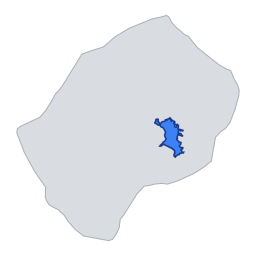 Litsoetse, Thaba-Tseka, Lesotho shown in context
{"feature_id": "5366337B64574994028715", "entity_name": "Litsoetse", "entity_type": "district", "adm_level": 2, "iso_a3": "LSO", "parent_name": "Lesotho", "parent_adm1": "Thaba-Tseka", "projection": "mercator", "projection_center": [28.676, -29.707], "detail": "fine", "context": "in_parent", "style": "filled", "palette": "blue", "viewbox_px": 256, "rotation_deg": 0, "n_neighbors": 0, "source": "geoboundaries", "source_scale": "gbopen_adm2", "svg_char_len": 6086}
<svg xmlns="http://www.w3.org/2000/svg" viewBox="0 0 256 256"><path d="M177.0,181.1L168.5,183.8L167.3,184.1L161.8,183.4L154.5,184.1L148.7,185.6L144.2,186.1L137.0,193.9L123.7,215.0L120.2,219.4L119.2,227.7L116.1,234.3L112.4,239.4L108.7,240.6L97.6,238.6L83.5,236.0L75.3,229.6L68.0,221.2L64.1,215.1L60.1,211.8L58.7,209.9L52.9,207.1L50.8,205.7L48.9,204.6L46.5,200.6L45.2,197.1L45.7,187.3L41.6,181.5L34.7,171.6L30.3,163.5L24.3,152.4L20.7,142.9L16.8,133.1L17.3,128.9L21.0,126.0L31.6,121.1L39.9,117.3L45.8,110.3L52.3,99.9L55.5,93.7L58.6,90.8L62.0,86.4L68.0,76.6L74.7,65.8L81.8,54.2L90.9,50.8L103.2,47.0L115.0,36.8L129.1,28.3L151.8,19.0L162.4,16.7L166.4,15.4L169.0,17.1L171.7,22.4L175.6,26.8L184.5,34.5L188.4,36.4L197.6,47.8L207.5,55.7L218.9,64.7L226.7,69.2L230.7,70.5L233.9,78.5L237.3,84.5L239.2,90.1L238.8,95.5L235.2,108.9L229.9,122.5L225.7,128.2L220.6,131.8L215.5,137.2L213.6,148.1L211.3,161.0L204.8,166.4L199.7,169.9L192.6,174.1L177.0,181.1Z" fill="#d9dde1" stroke="#a8b0b8" stroke-width="1"/><path d="M159.8,146.1L160.7,146.2L161.2,146.0L161.8,145.6L162.1,145.5L162.3,145.1L162.6,144.9L162.7,144.7L162.9,144.7L163.1,144.6L163.4,144.6L163.4,144.4L163.7,144.2L163.8,144.4L164.0,144.4L164.6,144.7L164.7,144.9L165.0,145.1L165.6,145.2L165.9,145.4L166.1,145.5L166.6,145.9L166.9,146.0L167.0,146.0L167.7,146.1L167.9,146.3L168.1,146.2L168.3,146.4L168.6,146.7L169.0,146.9L169.0,147.0L169.3,147.3L169.4,147.2L169.5,147.3L170.0,147.3L170.4,147.4L170.6,147.6L170.7,147.8L170.8,147.9L171.0,147.8L171.4,148.0L171.5,148.2L171.8,148.3L172.0,148.3L172.1,148.5L172.3,148.8L172.5,148.6L172.9,148.9L173.0,149.1L173.3,149.7L173.6,149.7L173.9,150.0L174.0,150.0L174.1,150.4L174.3,150.6L174.6,150.8L174.7,151.0L174.7,151.3L174.7,151.5L174.9,151.7L174.8,151.9L174.8,152.2L174.8,152.4L174.6,152.4L174.5,152.6L174.6,153.0L174.8,153.5L174.6,153.8L174.3,154.0L174.3,154.3L174.1,154.4L174.2,154.7L174.1,154.9L173.9,155.2L174.0,155.4L174.1,155.5L174.2,155.8L174.1,156.0L174.4,156.1L174.4,155.9L174.5,155.7L174.9,155.8L175.0,155.9L175.1,156.3L175.0,156.8L175.0,157.0L175.4,157.1L175.5,156.5L175.8,156.2L176.0,156.1L176.3,156.0L176.8,155.7L177.1,155.5L177.4,155.0L177.8,154.8L178.9,154.6L179.1,154.7L179.3,154.5L179.5,154.1L179.8,153.8L179.7,153.6L179.7,153.4L179.9,153.2L180.2,153.2L180.4,153.2L181.7,153.2L182.2,153.0L182.5,153.0L183.3,153.0L183.5,152.8L183.4,152.7L183.6,152.2L182.8,152.4L182.5,152.4L182.1,152.2L181.9,151.9L181.9,151.3L181.8,151.0L181.3,150.3L181.1,150.1L181.0,149.9L181.2,149.5L181.4,149.3L181.4,148.9L181.7,148.7L181.8,148.7L182.5,149.0L182.6,148.9L182.7,148.7L182.7,148.1L182.8,148.0L182.9,147.9L182.9,147.7L182.4,147.5L181.5,147.6L181.4,147.4L181.1,147.3L180.6,147.1L180.3,147.0L180.0,147.1L179.8,147.0L179.5,146.8L179.4,146.6L179.4,146.2L179.3,145.9L179.7,145.4L180.3,144.8L180.7,144.4L180.8,143.8L180.7,143.5L180.7,143.0L180.8,142.9L181.0,142.8L181.1,142.6L180.8,142.3L180.6,142.2L180.4,142.2L180.2,142.5L179.1,142.4L179.0,141.9L178.8,141.4L178.6,141.3L178.1,141.0L177.9,140.7L177.5,140.0L177.3,139.9L177.1,139.9L176.9,139.8L176.7,139.3L176.6,139.2L176.7,138.9L177.3,138.5L177.3,138.3L177.5,138.1L177.3,137.5L177.1,137.3L177.0,136.8L177.2,136.2L177.8,135.7L177.8,134.2L178.0,133.8L178.6,133.9L178.8,134.1L179.4,135.2L179.7,135.4L180.6,135.4L180.9,135.5L181.3,135.8L181.9,136.1L182.3,136.1L182.5,136.0L182.6,135.8L182.5,135.6L182.1,135.4L181.9,135.3L181.3,134.0L180.6,133.5L180.1,133.3L179.3,133.3L179.0,133.2L178.6,132.8L178.2,132.0L178.1,131.5L178.2,131.3L178.3,131.1L178.5,130.9L179.5,130.3L180.0,130.4L180.2,130.6L180.3,130.9L180.6,130.9L181.1,130.6L181.3,130.5L182.0,130.8L182.3,131.0L182.8,130.9L183.0,130.7L183.0,130.4L182.8,130.1L182.1,130.1L181.8,130.1L181.1,129.8L180.3,129.4L178.6,129.2L178.3,129.4L178.2,129.3L178.0,129.0L177.9,128.4L178.4,127.3L178.4,125.8L178.5,125.5L178.5,125.3L178.1,125.2L177.7,124.8L177.4,124.6L177.3,124.3L177.1,124.4L176.9,124.5L176.6,125.8L176.6,126.3L176.7,126.7L176.6,127.0L176.2,127.1L175.6,127.2L175.4,127.2L175.0,127.0L174.8,126.7L174.6,126.0L174.7,125.3L175.5,124.5L175.5,124.4L175.3,124.2L175.0,124.1L174.7,123.8L174.4,123.8L174.2,123.9L173.8,123.6L173.8,123.4L173.7,123.2L174.1,122.7L174.6,122.7L174.9,122.4L174.9,122.0L174.5,121.6L174.2,121.2L173.6,121.1L173.2,121.0L172.8,120.7L172.6,120.3L172.4,120.2L171.8,120.0L171.7,119.9L171.5,120.0L171.4,120.1L171.5,120.5L171.6,120.8L171.6,121.1L171.5,121.3L171.3,121.2L171.1,120.8L171.1,120.5L170.8,119.5L170.7,119.1L170.8,118.6L170.7,118.4L170.5,118.6L170.4,118.5L170.4,118.8L170.2,118.9L169.9,119.0L169.7,118.8L169.7,119.0L169.5,118.9L169.5,118.7L169.3,118.7L169.2,118.6L168.9,118.7L168.7,118.7L168.4,118.7L168.4,118.8L168.2,119.0L167.9,119.3L167.7,119.5L167.4,119.6L167.2,119.5L167.1,119.8L167.0,119.7L166.9,119.5L166.5,119.8L166.6,119.6L166.4,119.6L166.3,119.8L166.2,119.6L165.9,119.6L165.7,119.8L165.4,119.9L165.5,120.1L165.3,120.3L165.3,120.7L165.2,121.0L164.5,121.2L164.1,121.4L162.6,121.6L162.2,121.7L162.2,121.8L162.2,122.1L161.9,122.3L161.5,122.3L161.1,122.7L160.9,123.2L160.5,123.6L160.4,124.2L160.0,124.6L159.9,124.7L159.7,124.5L159.5,124.2L159.4,124.0L159.5,123.5L159.4,123.2L159.2,122.8L158.9,122.5L158.8,122.4L158.8,122.0L158.6,121.7L158.4,121.6L158.4,121.4L158.3,121.2L158.1,121.2L158.1,120.9L158.0,120.7L158.1,120.4L158.2,120.2L158.2,119.5L158.2,119.4L157.8,119.5L157.5,119.5L157.2,119.1L157.0,119.3L156.9,119.3L156.7,119.2L156.2,119.3L155.9,119.5L155.8,119.8L155.7,121.5L155.2,122.2L154.8,122.3L154.9,123.1L155.0,123.2L155.1,123.3L155.4,123.3L156.1,123.7L156.5,123.9L156.8,124.0L157.1,124.3L157.4,124.3L157.5,124.4L157.7,124.9L157.8,125.0L158.3,125.1L158.9,125.0L159.6,125.2L159.7,125.4L160.7,126.2L160.8,126.6L161.2,127.0L162.8,127.5L163.0,127.9L163.5,128.1L163.7,128.4L163.7,128.6L163.9,129.0L164.2,129.6L164.8,130.4L165.0,130.9L165.1,131.2L165.3,132.1L165.7,132.8L165.3,133.3L165.1,133.5L165.0,134.2L164.6,134.8L164.6,135.3L164.7,136.0L165.2,137.1L165.4,137.6L165.9,138.1L166.1,138.4L166.0,138.8L164.7,141.3L164.3,141.6L163.4,141.9L163.0,142.2L162.7,142.9L162.1,143.7L161.0,144.7L160.4,145.1L160.1,145.8L159.9,146.0L159.8,146.1Z" fill="#3b82f6" stroke="#1e3a8a" stroke-width="1.5"/></svg>